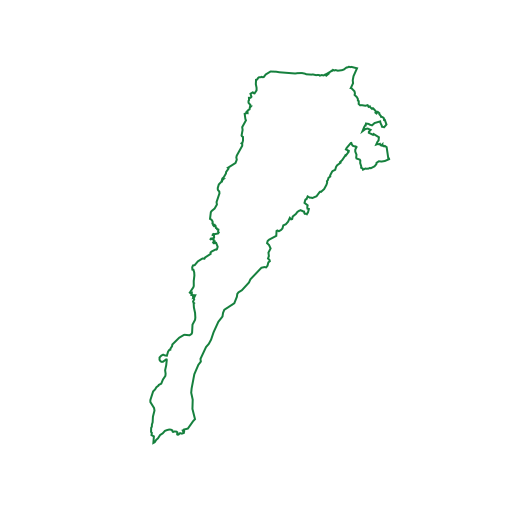 the district of Giulesti, Maramures, Romania, rotated 296°
{"feature_id": "2599482B91703806694060", "entity_name": "Giulesti", "entity_type": "district", "adm_level": 2, "iso_a3": "ROU", "parent_name": "Romania", "parent_adm1": "Maramures", "projection": "natural_earth1", "projection_center": [23.85, 47.83], "detail": "fine", "context": "isolated", "style": "outline", "palette": "green", "viewbox_px": 512, "rotation_deg": 296, "n_neighbors": 0, "source": "geoboundaries", "source_scale": "gbopen_adm2", "svg_char_len": 6113}
<svg xmlns="http://www.w3.org/2000/svg" viewBox="0 0 512 512"><g transform="rotate(296 256 256)"><path d="M469.0,264.5L467.8,258.9L467.1,258.0L466.8,256.5L465.7,255.7L465.1,254.7L462.1,253.2L460.7,251.8L458.4,248.3L458.0,246.1L457.1,245.1L457.0,243.6L456.0,243.5L455.7,242.7L455.1,242.6L450.5,239.6L449.8,240.3L450.0,240.6L448.9,240.1L449.4,238.6L448.0,237.7L447.4,235.7L446.1,234.3L446.3,233.6L445.9,232.3L444.9,230.8L444.1,227.5L443.4,226.5L441.4,221.6L441.3,219.9L440.6,217.2L438.7,213.4L437.2,211.2L431.4,196.5L430.5,193.4L428.2,188.2L423.5,185.2L420.2,184.5L419.6,183.6L419.5,182.5L418.9,182.1L417.9,180.3L416.8,179.8L415.2,179.7L414.4,178.8L410.4,180.5L407.4,182.8L405.1,183.9L401.5,183.4L401.3,182.6L401.7,181.4L399.4,179.9L397.1,182.1L395.8,181.7L395.1,180.3L393.1,181.4L392.1,181.3L391.0,181.8L390.4,182.2L389.3,184.7L388.2,185.0L388.4,185.9L386.6,185.4L385.0,185.9L383.8,185.1L381.5,184.4L381.5,185.4L380.7,185.8L380.5,185.1L378.8,183.5L374.5,186.4L373.5,187.5L365.8,187.1L363.4,188.7L358.0,190.2L357.5,190.8L357.3,192.1L354.1,193.7L352.0,194.1L350.9,193.6L350.7,194.5L349.0,195.3L337.8,194.7L336.0,195.1L334.1,196.5L330.6,196.8L323.0,192.1L322.9,192.7L322.5,193.0L318.4,192.3L317.0,192.8L312.7,192.5L310.9,191.8L309.7,192.0L310.3,192.8L309.2,192.4L308.0,192.8L307.2,192.2L304.0,191.2L300.4,191.8L299.2,192.4L298.5,193.1L297.9,194.7L296.3,195.7L287.2,196.9L285.1,198.3L280.5,198.0L277.0,196.4L275.6,196.2L269.2,198.4L269.1,200.1L268.1,201.7L267.4,202.3L266.4,202.4L266.0,202.7L265.9,203.6L265.0,203.9L264.4,205.2L264.7,205.6L266.4,204.5L265.6,205.4L265.5,206.3L263.6,207.7L263.7,208.6L263.0,209.3L263.3,210.0L263.3,210.6L261.2,211.3L260.8,212.2L259.6,212.0L257.5,209.2L257.2,208.1L256.5,207.7L255.8,207.9L256.2,208.8L256.0,209.3L254.3,210.2L253.2,209.8L251.9,207.8L250.3,207.7L251.8,208.1L251.9,209.0L252.5,209.4L252.2,209.7L252.5,210.6L250.5,211.6L249.3,211.6L249.3,212.1L249.9,211.8L251.0,212.5L250.6,212.9L250.2,212.4L249.2,212.7L250.3,214.4L247.5,217.5L245.1,217.9L244.4,217.7L244.1,216.8L240.5,214.1L239.2,213.6L238.0,214.3L232.2,210.8L231.1,210.9L230.8,210.7L230.6,209.4L229.7,208.6L225.7,206.1L220.9,204.9L219.9,203.5L217.9,203.6L215.9,204.8L216.2,205.8L214.1,207.7L211.4,209.2L206.2,211.0L201.8,213.2L200.4,213.4L194.3,212.6L194.4,213.3L193.8,213.4L193.7,213.9L194.6,214.5L194.1,214.7L193.6,214.2L193.9,214.8L193.3,215.3L192.7,215.3L193.4,217.0L192.8,216.6L192.5,216.8L192.8,217.4L191.7,217.6L192.1,217.8L192.0,218.2L191.7,218.3L192.2,218.6L190.5,218.6L190.0,219.4L187.5,219.4L186.7,220.2L186.5,221.0L186.0,220.8L182.6,222.7L178.1,226.2L174.0,228.5L171.9,229.2L166.5,229.0L159.0,232.2L157.6,232.2L155.6,231.0L153.9,226.4L153.3,225.7L148.9,222.8L139.8,219.6L138.1,220.1L135.1,219.7L134.2,220.1L133.5,219.2L131.5,218.9L127.3,219.6L126.7,217.7L126.6,215.8L125.0,214.6L122.5,213.8L120.4,214.8L119.7,215.9L119.4,217.3L120.1,218.7L123.7,220.6L123.8,221.1L123.4,221.4L118.4,223.2L113.5,224.4L110.5,226.4L108.5,227.1L104.2,226.5L99.7,226.8L97.5,225.1L96.8,225.2L94.4,224.0L91.9,223.8L89.2,222.9L80.2,224.2L78.4,225.1L74.7,231.0L72.6,232.5L66.4,233.8L61.2,236.0L59.0,236.3L56.9,237.2L55.6,237.1L52.1,238.7L51.6,239.2L51.4,239.9L49.2,240.6L49.1,243.3L43.0,245.7L44.3,246.6L47.0,246.9L49.1,247.8L53.1,248.3L55.7,249.9L58.9,250.8L60.5,252.3L62.0,254.1L62.6,255.7L62.6,257.2L61.7,257.9L61.5,258.6L62.6,259.7L63.3,261.6L63.0,262.7L61.3,263.2L61.0,263.7L61.5,264.6L63.5,265.4L63.8,267.2L65.3,268.7L66.8,268.3L66.9,267.6L66.5,267.3L67.1,266.6L68.1,267.6L68.5,267.4L71.0,270.4L80.1,271.9L82.6,272.7L90.7,265.9L99.1,262.1L104.7,257.7L108.7,256.2L122.7,252.4L133.0,251.9L136.9,252.7L139.2,251.2L152.3,251.0L156.3,252.1L161.1,252.3L168.8,251.3L180.4,251.0L186.9,252.4L190.5,251.3L193.8,251.1L204.0,257.2L210.9,256.7L213.8,255.8L215.7,256.2L219.0,258.3L225.0,260.1L229.1,261.3L232.6,261.2L247.8,266.0L249.8,268.5L250.2,270.1L252.3,270.6L255.7,269.9L257.4,270.7L258.4,269.8L259.0,267.9L261.6,267.6L264.5,265.7L269.2,265.8L271.6,262.9L272.4,260.3L274.6,259.9L276.4,260.6L283.0,265.4L287.5,263.5L288.3,264.0L288.3,265.7L290.4,267.1L292.3,267.7L295.5,267.1L297.6,268.9L300.9,269.8L305.1,269.7L304.3,271.5L305.1,272.3L307.6,271.7L311.2,273.4L313.8,273.9L315.5,274.9L316.8,276.1L316.6,277.0L316.9,277.9L316.7,278.8L317.0,279.7L315.5,280.9L315.3,281.5L316.1,282.7L315.9,283.4L318.0,283.6L321.4,282.9L321.1,281.5L322.5,280.6L324.2,280.2L325.0,276.3L328.1,275.7L328.7,275.8L329.2,276.5L332.2,276.3L332.0,278.8L332.6,279.8L332.8,281.2L336.2,284.2L341.5,285.2L342.0,285.5L342.1,286.3L346.0,287.9L350.8,288.1L353.1,287.8L354.3,287.0L355.7,287.3L358.1,286.9L360.0,287.9L360.9,287.3L365.1,287.4L365.9,287.6L368.2,289.4L371.1,288.9L373.0,289.1L376.9,291.1L377.3,290.4L379.9,291.4L385.3,292.2L385.7,292.2L385.6,292.7L390.2,293.6L390.4,293.0L391.2,293.1L391.2,290.1L392.8,290.1L399.1,291.7L399.4,292.1L398.3,293.2L397.5,294.6L397.8,297.0L398.2,297.5L398.0,298.6L395.1,298.6L393.3,299.5L391.1,301.9L388.4,302.9L387.7,303.6L388.1,307.0L387.5,307.9L385.2,308.9L382.7,311.3L381.4,311.8L381.4,313.4L380.5,314.3L382.6,316.0L382.7,316.7L383.8,318.7L385.1,319.8L385.2,320.7L388.5,323.2L391.2,323.9L392.6,323.5L395.0,324.9L395.9,327.4L397.9,330.2L401.4,333.2L401.9,332.8L401.6,332.2L411.1,325.7L411.4,323.6L410.7,323.1L411.0,322.3L410.6,321.9L410.8,320.9L411.6,320.6L410.2,320.1L410.5,318.7L411.1,318.2L410.3,317.4L410.0,316.3L408.9,315.2L411.8,315.1L413.6,315.5L416.6,314.4L417.2,308.2L416.2,308.1L416.2,303.4L417.1,303.0L419.6,303.7L419.5,300.5L418.1,298.7L414.8,297.0L419.2,296.7L421.4,296.9L421.5,297.3L423.3,296.8L424.1,299.4L423.9,300.5L424.3,303.0L427.5,304.3L431.4,308.6L429.9,309.8L428.3,311.9L427.4,312.5L427.9,314.7L431.4,315.6L434.8,312.1L434.4,311.5L435.9,310.5L436.3,308.9L435.9,307.3L436.7,306.7L437.4,304.8L438.4,304.3L438.9,302.3L436.9,301.8L437.2,300.5L438.5,300.5L440.0,296.8L440.1,296.3L439.1,295.8L439.8,293.4L440.4,292.7L439.4,291.8L440.5,290.2L439.0,288.5L438.0,285.1L437.1,283.5L437.7,281.6L439.8,280.7L440.4,280.2L440.4,279.4L441.8,278.7L443.0,277.0L444.0,274.0L445.6,273.6L447.2,272.3L448.7,268.1L448.5,267.6L453.8,267.5L456.4,265.9L460.4,264.8L469.0,264.5Z" fill="none" stroke="#15803d" stroke-width="2"/></g></svg>